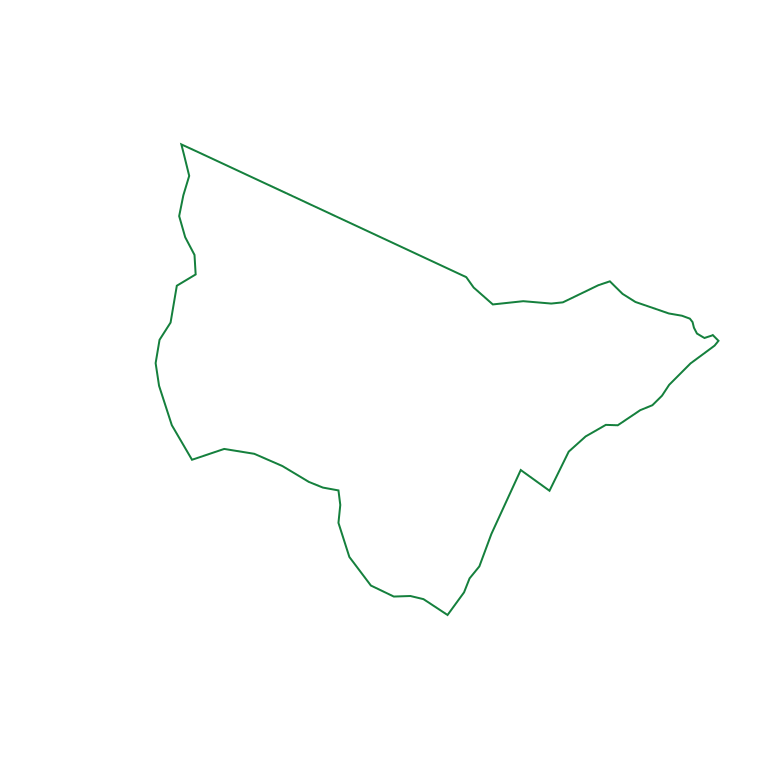 map outline of Isingiro (Natural Earth projection), rotated 205°
{"feature_id": "UGA-3370", "entity_name": "Isingiro", "entity_type": "County", "adm_level": 1, "iso_a3": "UGA", "parent_name": "Uganda", "parent_adm1": "", "projection": "natural_earth1", "projection_center": [30.796, -0.839], "detail": "fine", "context": "isolated", "style": "outline", "palette": "green", "viewbox_px": 768, "rotation_deg": 205, "n_neighbors": 0, "source": "natural_earth", "source_scale": "10m", "svg_char_len": 993}
<svg xmlns="http://www.w3.org/2000/svg" viewBox="0 0 768 768"><g transform="rotate(205 384 384)"><path d="M106.7,567.3L99.1,564.5L100.6,558.5L114.9,532.2L125.2,503.8L127.1,490.9L131.8,478.2L140.7,468.6L154.7,445.4L165.7,440.7L179.1,421.7L188.0,400.8L188.9,357.2L223.7,363.8L223.3,293.4L220.5,259.0L224.3,244.0L223.4,229.0L228.8,201.5L257.3,205.7L270.5,203.0L285.3,195.5L310.7,195.8L342.3,212.6L366.6,238.9L372.5,255.9L380.3,268.3L395.6,264.3L410.7,263.5L441.4,266.7L472.1,265.9L501.4,257.6L526.0,234.2L558.9,257.0L587.1,287.3L599.8,306.4L606.1,329.2L603.4,349.5L613.3,385.5L601.0,403.7L610.3,420.9L626.2,433.0L640.6,449.6L645.6,470.2L648.5,490.3L661.7,506.7L668.9,515.5L654.1,515.6L526.8,515.6L399.5,515.6L354.6,515.6L343.5,509.3L319.0,502.1L292.8,517.9L266.4,527.6L256.4,533.6L231.5,564.1L222.7,572.5L205.9,566.5L190.8,564.6L155.7,568.3L142.8,571.8L134.4,572.5L130.5,570.5L126.9,566.0L121.7,562.0L113.1,561.1L107.5,566.3L106.7,567.3Z" fill="none" stroke="#15803d" stroke-width="2"/></g></svg>